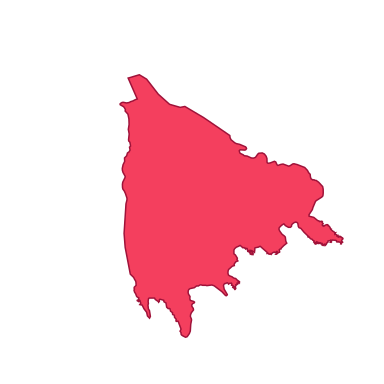 La Pointe, Praslin, Saint Lucia (orthographic projection), rotated 54°
{"feature_id": "8701671B89606244104668", "entity_name": "La Pointe", "entity_type": "district", "adm_level": 2, "iso_a3": "LCA", "parent_name": "Saint Lucia", "parent_adm1": "Praslin", "projection": "orthographic", "projection_center": [-60.889, 13.846], "detail": "fine", "context": "isolated", "style": "filled", "palette": "rose", "viewbox_px": 384, "rotation_deg": 54, "n_neighbors": 0, "source": "geoboundaries", "source_scale": "gbopen_adm2", "svg_char_len": 6111}
<svg xmlns="http://www.w3.org/2000/svg" viewBox="0 0 384 384"><g transform="rotate(54 192 192)"><path d="M160.2,249.3L162.7,252.3L185.6,271.3L197.5,278.6L222.2,290.2L226.8,289.4L229.5,289.9L230.3,289.8L231.9,290.3L234.7,292.1L235.1,294.7L235.8,295.4L236.7,295.6L237.3,296.6L239.2,297.3L241.2,297.4L243.7,298.1L244.5,298.1L246.4,297.3L247.9,298.9L247.4,299.8L247.7,300.2L249.4,299.5L248.7,298.0L249.1,297.9L251.9,298.8L252.4,300.4L254.2,298.8L258.3,299.5L262.6,299.4L266.1,300.9L269.1,300.5L268.2,298.8L262.9,296.1L261.0,296.0L257.6,294.1L256.7,292.9L254.6,291.7L252.6,289.7L252.7,288.9L255.6,284.9L255.9,284.6L257.3,284.9L261.0,283.6L261.5,283.8L261.4,282.8L260.0,281.8L259.9,281.1L260.3,280.6L263.0,278.5L264.3,279.2L266.5,278.3L270.3,280.2L272.4,279.8L272.9,278.8L273.5,278.5L275.8,279.4L278.2,278.7L279.2,279.5L279.9,279.6L280.9,278.9L281.6,278.9L283.1,279.8L285.7,279.6L286.9,280.8L287.5,280.7L288.2,279.3L288.8,279.3L296.0,281.3L296.6,281.6L297.6,283.5L299.2,283.5L300.6,284.4L301.5,284.5L303.2,283.9L305.7,282.6L306.2,281.1L306.0,280.3L305.0,277.4L303.5,275.1L298.2,270.7L295.5,267.8L294.6,267.2L291.8,266.5L290.5,265.4L289.3,263.5L288.3,260.1L286.9,259.4L284.4,259.3L283.2,258.5L282.7,257.2L283.0,255.3L282.6,254.7L281.6,254.9L278.8,257.0L278.2,256.9L277.1,256.5L275.3,255.0L272.7,254.9L270.8,254.1L269.4,252.7L269.0,251.9L269.0,250.4L270.8,246.3L270.7,243.9L270.8,243.3L271.7,242.3L272.0,239.9L272.4,239.3L273.7,238.3L275.5,235.8L276.5,235.0L278.9,230.6L280.9,229.2L290.2,226.4L294.9,225.8L296.0,225.4L296.1,224.4L295.7,223.7L289.6,223.1L286.3,221.6L285.5,220.5L285.3,219.3L285.9,218.5L285.8,217.9L286.2,216.8L286.8,216.5L288.0,216.6L288.0,215.3L288.9,213.7L289.5,213.7L290.7,214.8L291.5,214.0L293.2,213.8L293.3,214.2L292.8,214.7L293.1,215.1L294.7,214.5L295.0,213.8L295.8,214.7L296.1,214.6L296.1,214.1L295.7,213.2L294.0,212.7L293.5,211.4L292.9,211.1L293.3,210.5L293.3,209.9L292.5,209.3L293.3,208.9L293.2,208.5L291.7,207.4L291.7,207.2L293.3,207.0L292.5,206.3L289.8,207.2L287.6,207.5L286.9,208.3L285.7,209.0L284.2,209.4L282.0,210.8L280.6,211.3L278.7,210.6L277.0,209.1L276.2,207.9L275.7,203.0L276.4,201.0L275.2,200.4L274.2,197.7L274.7,195.4L272.9,195.2L272.2,194.2L268.5,193.9L266.6,194.4L263.6,192.2L262.9,190.7L262.7,188.6L263.4,185.7L263.3,185.0L263.6,184.4L267.1,183.6L267.5,182.6L268.9,182.2L269.0,181.7L269.7,182.0L269.8,181.1L270.2,180.6L272.8,181.8L273.3,181.1L274.0,181.1L273.8,180.8L272.5,180.8L272.8,180.6L274.8,180.2L274.8,180.7L275.2,181.0L276.0,180.9L276.5,181.2L276.6,180.7L277.4,180.7L277.4,179.9L278.5,179.6L278.1,178.8L275.9,178.8L276.1,178.1L275.1,178.3L274.3,179.4L273.5,179.1L274.5,178.1L277.5,176.9L275.5,175.0L274.8,174.6L274.2,173.8L275.8,170.3L275.7,169.5L276.1,168.7L285.0,166.7L285.8,167.4L286.2,166.5L286.7,166.3L287.1,166.5L288.2,165.5L288.3,164.7L289.0,164.6L288.5,162.7L288.9,160.8L289.9,160.4L290.0,157.6L290.8,159.2L291.6,160.0L291.7,160.6L292.0,160.2L291.8,157.6L292.2,156.6L291.7,156.1L290.0,155.4L289.9,154.4L290.4,153.5L289.9,152.9L289.3,149.3L289.1,145.4L287.1,145.1L283.3,143.0L282.0,143.1L279.0,144.0L275.1,144.0L273.1,143.5L272.1,142.3L271.6,139.2L271.7,136.6L272.3,136.2L273.9,136.3L277.2,134.8L278.4,133.2L278.3,131.8L277.1,130.6L276.8,129.3L276.8,127.4L277.3,125.7L278.3,125.0L279.5,124.8L282.5,126.3L283.7,126.4L285.5,125.3L290.5,125.0L294.9,124.2L295.8,124.2L296.5,124.6L296.9,124.3L296.7,123.8L299.5,123.6L300.9,122.6L301.8,122.7L303.1,122.0L303.7,122.2L304.0,122.9L306.5,122.9L306.9,122.4L307.0,121.4L306.7,121.3L306.2,122.2L305.9,122.3L305.5,121.5L305.9,120.5L305.7,120.3L306.9,119.6L307.2,120.3L307.9,120.2L308.1,119.8L307.4,119.7L308.4,119.0L307.8,119.0L307.9,118.7L308.6,117.9L309.4,118.1L309.9,117.0L310.7,117.0L310.8,117.7L311.1,118.0L312.3,117.4L312.2,116.4L312.8,116.4L312.2,115.3L312.5,115.0L313.5,115.2L313.2,114.0L312.5,113.0L312.5,111.5L311.6,110.9L312.0,109.5L312.9,108.7L313.7,108.8L313.9,109.6L314.5,109.1L314.4,108.5L312.8,107.8L313.4,107.4L313.3,106.8L315.6,104.1L316.3,103.7L317.1,104.2L317.7,104.1L318.3,102.7L318.9,102.6L319.3,101.9L320.6,101.3L321.3,102.2L321.7,102.0L321.7,101.6L321.1,101.3L321.1,99.6L320.8,99.6L320.6,100.3L320.1,100.3L319.1,99.3L318.6,97.4L318.2,97.2L317.9,97.6L317.3,97.3L315.7,98.2L315.5,97.9L315.0,98.2L314.7,98.7L314.8,99.7L314.5,100.2L314.1,100.1L313.8,99.5L313.0,100.4L312.7,99.6L312.1,100.3L311.5,100.2L310.7,100.7L309.9,100.6L310.0,101.2L309.6,101.0L309.3,100.0L309.1,100.4L307.3,100.6L306.6,101.1L304.0,101.6L303.8,101.2L303.3,101.6L301.6,101.1L299.5,101.3L299.2,101.7L298.3,101.4L297.7,102.0L297.2,103.4L297.3,104.7L296.7,104.9L296.8,105.9L295.5,106.1L295.0,105.8L294.6,104.5L293.1,104.7L292.7,104.0L292.0,104.1L290.8,106.3L290.1,106.2L289.0,107.1L284.1,108.4L280.4,111.5L279.1,110.6L277.0,105.0L275.7,103.4L272.3,97.8L272.0,96.6L272.4,90.2L272.2,88.7L271.6,87.9L269.9,86.4L266.8,84.2L264.4,83.1L258.5,83.8L255.7,84.7L254.7,85.8L253.8,86.1L253.2,87.2L251.3,87.9L249.6,87.4L247.1,86.0L244.9,86.3L242.4,85.9L238.4,86.4L231.6,90.8L229.1,92.9L228.5,94.1L228.4,96.9L228.0,98.5L222.9,101.9L221.9,103.9L221.0,106.9L219.9,107.2L216.9,106.6L215.6,107.3L214.4,111.8L213.5,113.5L212.8,113.9L212.0,113.8L209.0,111.7L206.6,111.0L203.8,111.1L201.7,112.2L199.9,115.2L200.0,116.5L201.3,120.3L200.7,122.4L199.3,124.0L195.3,126.3L193.4,128.4L192.0,128.7L189.0,130.3L187.4,130.0L186.3,129.4L186.2,128.2L189.1,124.7L189.4,123.8L189.0,122.4L188.1,122.1L187.0,122.1L181.5,125.4L178.9,127.7L177.3,128.5L172.7,129.7L170.5,129.3L168.5,128.2L138.8,138.8L118.6,147.5L116.6,151.8L107.9,158.6L93.1,161.8L74.0,162.4L66.2,165.7L62.3,176.7L84.6,181.6L84.0,183.5L83.6,186.3L82.8,188.6L82.7,190.1L81.5,192.6L79.1,194.8L78.5,195.8L78.3,197.5L78.5,198.5L79.2,198.8L82.8,197.2L84.2,197.2L86.1,197.4L87.2,198.5L91.4,198.1L95.8,200.1L100.4,203.2L103.9,206.7L108.1,208.7L112.4,212.6L113.5,213.2L115.2,213.0L117.2,213.9L118.8,214.8L119.0,216.2L121.7,217.5L122.5,219.3L122.5,221.3L124.3,223.6L124.8,226.6L127.7,228.5L129.4,231.7L131.9,234.5L133.4,235.5L135.6,236.3L140.2,236.9L141.0,237.8L143.4,242.3L144.9,243.8L147.4,245.5L148.9,246.2L151.4,246.2L153.9,246.7L158.7,248.2L160.2,249.3Z" fill="#f43f5e" stroke="#9f1239" stroke-width="1.5"/></g></svg>